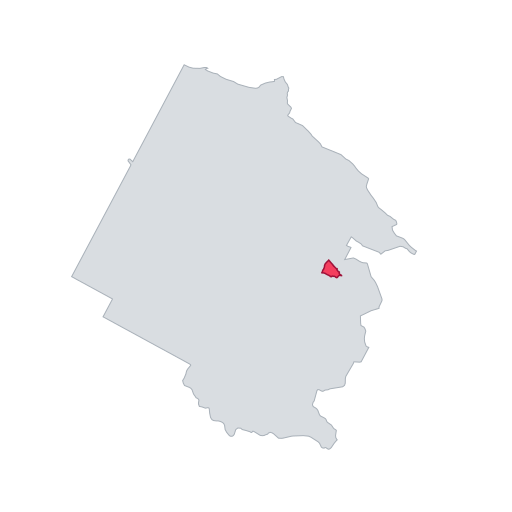 Abassiya, South Kordufan, Sudan (highlighted), rotated 298°
{"feature_id": "16777658B19857105557319", "entity_name": "Abassiya", "entity_type": "district", "adm_level": 2, "iso_a3": "SDN", "parent_name": "Sudan", "parent_adm1": "South Kordufan", "projection": "robinson", "projection_center": [31.282, 12.232], "detail": "fine", "context": "in_parent", "style": "filled", "palette": "rose", "viewbox_px": 512, "rotation_deg": 298, "n_neighbors": 0, "source": "geoboundaries", "source_scale": "gbopen_adm2", "svg_char_len": 6227}
<svg xmlns="http://www.w3.org/2000/svg" viewBox="0 0 512 512"><g transform="rotate(298 256 256)"><path d="M335.7,395.4L331.9,395.4L331.5,394.3L331.5,391.5L331.9,389.4L333.3,386.0L333.0,384.2L333.2,381.6L332.2,378.6L323.0,370.0L321.2,367.6L316.2,365.4L317.1,363.0L315.0,345.3L316.0,343.3L316.3,340.2L316.3,337.5L317.4,333.0L317.6,331.1L307.8,330.9L307.7,332.9L308.1,335.1L308.1,335.9L294.5,336.0L300.0,342.9L300.2,345.9L299.9,349.7L300.0,352.1L300.3,353.7L301.7,356.8L301.7,357.4L301.3,358.1L291.7,367.4L290.1,371.6L288.8,373.9L286.0,377.7L277.1,387.5L275.7,388.2L269.0,388.5L268.3,388.7L267.8,389.2L267.5,389.1L261.7,383.3L252.1,376.3L245.7,380.0L243.9,381.3L243.9,384.7L242.9,386.4L241.2,388.2L236.5,389.4L234.0,390.4L231.1,392.3L228.2,395.4L228.0,397.1L228.3,398.5L211.9,398.5L210.9,397.3L208.5,392.1L206.8,392.4L191.9,391.8L189.8,392.4L185.6,394.5L183.4,394.9L181.2,393.9L173.4,383.6L171.7,382.4L170.0,379.9L168.3,378.9L167.7,378.1L167.5,377.0L167.6,374.7L167.1,373.3L165.8,373.0L155.3,375.4L153.8,375.1L151.6,375.5L150.8,376.0L149.9,377.3L149.8,380.1L149.5,381.5L148.7,383.1L145.6,386.6L145.0,388.1L145.1,391.9L144.9,393.8L144.4,394.7L143.1,396.2L142.7,397.1L142.1,402.0L140.5,404.9L140.1,406.0L140.0,408.1L139.7,408.8L134.9,410.5L133.2,411.6L132.1,413.2L131.8,414.0L129.7,413.4L127.2,412.9L122.2,412.4L120.2,411.6L119.3,410.5L119.6,407.5L119.1,406.8L118.3,406.3L117.8,405.0L117.9,403.5L120.5,400.0L121.1,398.2L121.8,389.6L121.6,387.0L119.6,382.1L114.8,373.8L113.7,372.1L107.8,365.3L107.1,364.3L105.7,361.4L107.3,355.0L107.4,353.2L107.0,351.4L105.5,350.1L104.2,349.9L102.4,348.2L101.3,347.4L100.3,345.9L99.6,343.9L100.1,336.4L99.8,335.4L98.3,335.1L97.9,334.6L98.0,333.1L97.2,328.9L96.3,325.3L96.8,323.4L95.6,320.7L93.2,319.6L88.4,320.5L86.9,320.3L85.9,319.8L85.2,318.8L84.8,317.7L85.2,316.0L86.6,312.8L88.3,310.2L91.7,307.8L92.7,306.5L93.2,305.1L93.3,303.5L93.1,301.8L92.7,300.2L91.7,298.2L90.8,295.8L90.8,294.1L91.3,293.0L92.2,291.6L95.6,288.8L99.1,286.5L99.7,285.7L99.5,284.7L97.9,282.8L97.4,279.2L96.6,276.6L98.3,274.7L99.7,274.0L101.7,273.4L102.5,272.6L102.8,271.1L102.7,269.6L103.4,268.5L104.5,266.2L105.3,265.1L107.9,262.3L108.6,260.6L108.7,258.9L108.1,253.7L109.6,251.5L111.6,249.7L114.4,249.9L118.8,249.5L121.8,248.7L123.9,248.7L128.8,249.7L129.3,249.3L129.5,247.9L130.5,149.5L150.4,149.5L150.7,149.4L151.2,102.9L276.8,102.9L277.9,102.7L279.9,98.4L280.7,98.0L282.0,98.3L282.4,99.3L281.4,102.9L391.1,102.8L391.3,108.2L392.3,112.4L395.4,118.5L398.1,121.8L399.1,123.6L399.2,124.4L399.1,125.2L398.3,124.3L396.9,123.7L396.7,126.5L397.4,132.4L398.6,136.4L397.8,140.2L398.0,146.6L399.5,154.3L399.2,159.2L401.6,170.6L403.9,177.0L405.1,178.5L406.5,179.4L409.1,179.9L413.1,183.1L416.2,186.6L417.3,188.3L418.8,190.3L419.8,189.9L420.5,189.4L421.5,191.0L426.4,194.4L427.2,196.0L425.4,197.6L423.4,200.2L422.4,202.7L421.9,203.5L420.3,205.1L420.0,205.8L419.3,206.3L418.6,206.3L416.9,207.2L415.4,206.9L413.9,207.4L413.3,208.0L412.1,208.5L410.5,208.8L407.9,210.9L405.7,211.9L405.0,212.7L403.8,216.9L403.0,218.0L399.7,218.1L398.1,218.5L395.9,218.0L394.8,218.1L394.5,219.0L394.2,222.6L394.3,224.1L392.4,228.2L393.0,235.9L391.3,241.6L391.0,242.9L389.3,247.5L388.3,249.2L386.1,257.7L385.2,260.3L383.3,263.0L385.4,283.5L383.8,289.7L383.9,293.2L382.7,298.2L381.8,300.5L380.4,303.3L379.1,306.5L378.1,310.6L377.4,318.5L377.0,319.2L371.2,320.2L369.3,320.7L368.1,321.6L366.6,323.6L363.6,329.1L362.1,332.5L359.6,337.1L356.8,340.4L356.2,342.0L355.7,345.0L354.7,349.7L353.7,353.0L353.9,355.7L353.0,360.4L353.1,362.6L352.1,363.9L350.8,365.1L349.9,365.4L345.8,362.3L342.9,364.4L341.1,367.4L339.7,370.5L340.5,376.9L340.5,378.4L340.1,379.9L337.4,386.2L336.6,389.1L335.7,394.2L335.7,395.4Z" fill="#d9dde1" stroke="#a8b0b8" stroke-width="1"/><path d="M286.5,322.1L286.4,322.1L286.1,322.1L285.9,322.0L285.4,321.9L285.2,321.8L284.8,321.7L284.7,321.6L284.3,321.5L283.7,321.3L283.2,321.2L282.4,321.0L282.2,320.9L281.5,320.8L281.3,320.8L281.1,320.8L280.6,320.9L280.4,320.9L279.9,321.0L279.4,321.1L279.0,321.4L278.7,321.5L278.1,321.6L277.5,321.8L276.9,321.7L276.7,321.8L276.2,321.9L275.8,321.9L275.2,321.7L274.9,321.6L274.5,321.7L273.8,321.9L273.7,321.9L273.2,322.0L272.9,322.0L272.4,321.9L272.1,322.0L272.1,322.3L272.3,322.5L272.5,322.9L272.6,323.1L272.7,323.3L272.8,323.7L272.9,324.3L273.0,324.6L273.0,324.8L273.1,325.0L273.1,325.3L273.1,325.5L273.0,325.9L273.0,326.0L273.0,326.3L273.0,326.5L273.0,326.8L273.0,327.0L273.0,328.3L273.1,328.6L273.1,330.1L273.1,330.4L273.0,330.8L273.0,331.1L272.8,331.3L272.9,331.8L273.0,331.9L273.0,332.1L273.2,332.4L273.4,332.4L273.6,332.4L273.7,332.5L273.8,332.6L274.0,332.8L274.2,333.1L274.3,333.2L274.3,333.4L274.3,333.6L274.5,334.1L274.8,334.4L274.9,334.9L274.9,335.0L274.9,335.4L274.9,335.5L274.9,335.8L274.8,336.0L274.7,336.2L274.7,336.3L274.7,336.6L274.8,336.8L274.7,336.9L274.7,337.0L274.7,337.3L274.8,337.5L275.0,337.6L275.2,337.8L275.3,337.7L275.5,337.8L275.8,337.9L276.0,337.9L276.2,338.0L276.3,338.0L276.5,338.0L276.8,338.1L277.0,338.2L277.3,338.2L277.4,338.3L277.5,338.3L277.8,338.4L277.9,338.5L278.0,338.7L278.2,338.9L278.2,339.1L278.3,339.3L278.4,339.6L278.5,339.7L278.5,339.8L278.6,340.0L278.7,340.3L278.7,340.6L278.8,340.7L279.0,340.4L279.0,340.0L279.1,339.9L279.2,339.7L279.1,339.2L279.1,338.8L279.1,338.6L279.2,338.4L279.3,338.3L279.4,338.1L279.6,338.0L279.7,337.8L279.7,337.7L279.8,337.6L280.0,337.4L280.3,337.4L280.5,337.3L280.9,337.2L281.0,337.0L281.0,336.6L280.9,336.4L280.9,336.2L280.9,335.9L281.0,335.7L281.1,335.4L281.4,335.0L281.5,334.8L281.6,334.6L281.6,334.3L281.8,334.1L281.9,333.8L282.1,333.7L282.4,333.8L282.6,333.8L282.7,333.7L282.8,333.6L282.7,333.5L282.7,333.3L282.6,333.1L282.6,332.9L282.6,332.7L282.7,332.3L282.7,332.2L282.8,332.0L282.9,331.8L282.9,331.6L283.0,331.3L283.1,331.1L283.2,330.8L283.2,330.6L283.3,330.4L283.4,330.1L283.4,329.9L283.5,329.8L283.5,329.6L283.7,329.3L283.6,329.2L283.8,328.9L283.9,328.6L283.9,328.4L284.1,328.3L284.2,328.2L284.3,328.0L284.4,327.8L284.5,327.7L284.5,327.4L284.6,327.2L284.7,326.8L284.8,326.7L284.9,326.3L285.0,326.1L285.1,325.7L285.3,325.3L285.4,325.1L285.4,324.9L285.5,324.7L285.7,324.1L285.9,323.9L286.0,323.6L286.1,323.2L286.2,322.8L286.4,322.6L286.5,322.4L286.5,322.2L286.5,322.1Z" fill="#f43f5e" stroke="#9f1239" stroke-width="1.5"/></g></svg>